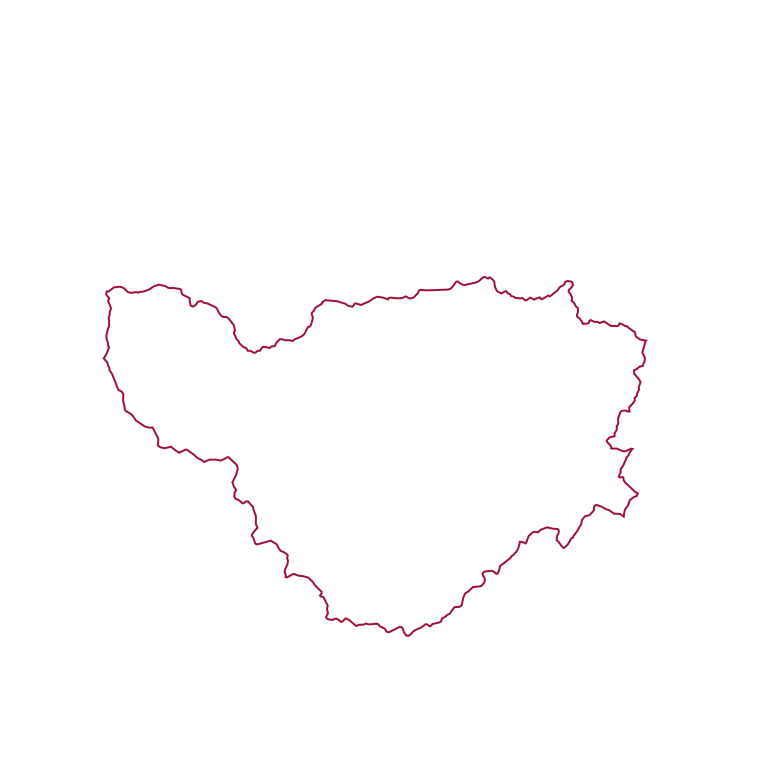 outline of Cajatambo, Lima, Peru, rotated 43°
{"feature_id": "86281439B2149944224824", "entity_name": "Cajatambo", "entity_type": "district", "adm_level": 2, "iso_a3": "PER", "parent_name": "Peru", "parent_adm1": "Lima", "projection": "orthographic", "projection_center": [-77.034, -10.486], "detail": "fine", "context": "isolated", "style": "outline", "palette": "rose", "viewbox_px": 768, "rotation_deg": 43, "n_neighbors": 0, "source": "geoboundaries", "source_scale": "gbopen_adm2", "svg_char_len": 6165}
<svg xmlns="http://www.w3.org/2000/svg" viewBox="0 0 768 768"><g transform="rotate(43 384 384)"><path d="M282.7,381.0L283.1,382.0L286.2,383.6L287.5,385.0L290.1,390.3L290.7,392.3L289.6,394.4L291.7,401.9L291.2,405.8L288.2,412.3L287.8,414.9L284.7,416.7L282.0,419.4L279.2,420.6L277.3,422.1L277.1,427.2L278.2,430.8L276.0,433.5L275.9,435.7L272.4,437.5L270.4,439.0L270.0,440.9L270.5,444.6L269.0,445.9L268.7,448.1L268.0,449.7L263.4,451.0L261.8,452.6L258.8,451.8L255.8,452.9L250.2,452.8L249.0,452.0L245.6,451.7L239.6,449.2L239.0,448.6L238.6,446.5L234.1,443.5L226.5,442.1L223.4,442.3L220.2,444.9L218.2,445.1L214.3,444.3L210.7,442.9L208.7,442.7L199.6,445.6L197.2,447.3L193.7,448.0L191.7,451.0L192.4,454.0L191.7,457.5L189.2,458.5L185.0,455.7L183.4,453.7L176.1,455.9L174.1,455.6L171.4,453.5L169.9,453.7L163.8,457.9L162.5,459.6L160.4,460.9L157.4,461.5L151.4,465.0L150.2,467.7L149.3,468.6L147.8,474.9L145.4,479.9L142.6,483.3L141.7,485.1L140.1,485.8L137.0,489.7L134.3,491.4L128.2,491.4L126.1,492.1L124.3,493.2L120.5,497.6L119.5,504.1L118.2,505.1L118.7,506.9L120.2,508.1L124.6,508.7L125.2,510.6L126.1,511.6L133.0,515.0L133.9,517.7L136.5,521.0L137.5,523.5L139.4,524.8L143.4,529.0L144.7,532.3L148.0,538.1L150.9,540.7L153.6,541.8L156.6,544.5L157.8,544.5L160.2,550.2L161.6,556.4L167.3,557.1L169.6,558.7L172.0,559.5L173.9,561.2L178.3,562.1L193.8,569.5L196.9,568.5L200.0,569.0L204.6,574.2L209.5,577.3L211.9,579.5L213.7,579.8L219.5,578.5L222.8,578.7L227.5,579.9L238.3,578.1L242.1,576.0L244.4,573.7L255.6,577.6L257.2,578.9L260.2,582.9L262.1,583.2L264.9,582.2L267.3,580.6L271.2,575.0L275.0,575.0L281.0,574.0L283.9,567.0L284.9,566.4L293.7,565.3L297.9,565.4L302.8,563.9L305.6,563.8L307.9,558.4L312.4,554.1L316.8,551.4L318.5,547.2L318.9,545.2L320.1,543.6L331.6,543.6L334.7,545.6L335.8,547.5L337.9,551.4L340.1,559.2L344.1,561.4L348.3,562.4L348.7,565.1L351.2,568.4L353.8,569.3L356.5,568.0L361.9,567.7L362.5,567.2L363.2,563.9L364.7,562.6L372.2,563.3L374.2,564.9L380.2,567.8L385.9,573.9L389.6,575.5L389.6,580.9L390.2,584.3L390.7,585.0L393.7,585.8L398.0,588.2L399.5,588.4L400.7,587.7L408.0,575.8L415.0,574.4L419.2,576.0L422.3,576.5L425.5,575.3L429.2,574.8L430.5,575.0L431.7,577.2L434.5,578.9L436.6,582.3L438.2,587.4L439.8,589.4L442.1,590.4L443.8,592.3L445.1,591.4L447.0,585.2L447.8,584.2L451.5,582.9L456.1,579.6L460.8,577.2L466.9,577.4L471.3,578.3L480.2,578.6L481.3,579.9L481.5,582.4L482.8,582.4L484.6,581.4L485.6,581.4L493.9,584.4L495.5,587.2L499.4,589.9L500.5,593.8L501.0,594.4L503.3,594.3L507.3,591.7L508.2,589.0L509.2,588.1L511.5,587.5L514.8,587.3L515.6,586.1L515.7,581.8L516.1,581.5L519.2,580.4L528.4,580.0L529.3,579.2L529.7,577.4L533.3,573.8L533.9,571.8L537.3,569.8L541.9,564.5L543.4,563.7L546.2,564.0L551.5,562.4L554.6,563.3L556.3,562.8L557.1,561.7L561.1,551.0L562.0,550.1L563.7,549.7L568.2,552.1L572.0,552.8L573.6,551.4L574.2,550.0L574.1,545.6L574.7,542.7L577.2,536.9L578.2,531.7L578.5,531.0L579.7,530.5L582.8,530.0L583.2,529.1L583.1,526.6L587.1,520.6L587.8,518.7L586.6,516.7L586.4,515.5L587.7,512.4L587.6,510.2L588.8,506.9L587.7,499.6L588.2,498.5L590.9,495.9L591.6,494.3L591.6,492.7L587.6,486.0L586.2,481.7L587.3,477.6L587.5,471.9L592.5,466.2L593.1,464.4L592.7,461.5L592.2,459.6L590.3,457.5L586.7,456.4L585.3,455.3L585.4,452.7L590.1,447.3L592.0,446.4L595.5,446.2L596.4,444.9L594.8,440.9L593.0,438.2L595.2,424.6L594.6,423.3L595.2,421.3L595.1,415.5L594.2,412.5L592.0,408.2L591.1,407.4L591.0,406.6L594.4,404.5L596.2,404.1L596.2,403.0L593.5,396.6L593.9,391.2L595.0,389.4L597.7,387.4L598.1,383.6L601.1,377.5L606.0,374.8L610.0,371.6L611.4,371.8L612.3,372.5L613.4,374.0L614.2,377.2L616.8,380.5L619.0,380.3L624.3,381.4L626.9,381.5L627.5,381.1L627.9,375.9L626.3,369.2L627.0,367.3L626.3,366.0L625.7,360.3L623.8,352.0L621.5,348.3L621.3,346.5L621.3,343.4L623.8,339.6L623.7,333.8L623.2,332.3L621.7,331.0L621.2,329.8L621.4,328.4L622.2,327.3L626.6,325.4L631.8,324.2L634.3,322.8L640.5,322.0L645.3,318.0L649.8,317.5L646.9,313.5L645.8,310.8L645.2,306.2L643.0,301.4L643.9,296.1L645.2,293.7L644.2,290.9L641.6,291.6L627.6,291.6L624.8,290.9L622.7,289.1L621.7,289.5L620.3,291.5L618.8,291.7L617.2,286.8L616.4,286.5L615.2,284.7L614.4,280.0L611.5,271.8L611.4,269.0L610.5,267.0L610.0,262.0L608.9,262.7L606.3,268.8L604.6,270.2L598.2,272.5L594.7,275.9L593.9,276.1L593.1,275.0L591.3,274.5L586.6,274.2L585.5,273.5L585.3,269.9L586.2,267.7L588.3,264.9L586.4,263.0L585.4,258.7L582.9,255.9L582.4,253.3L578.5,249.3L577.0,245.3L576.1,244.2L576.1,241.7L576.7,240.9L578.7,238.7L581.3,237.7L582.3,236.7L579.2,233.8L579.2,227.7L578.5,224.8L576.9,223.5L576.9,220.0L575.6,218.4L574.3,214.0L572.5,212.7L570.4,207.7L567.1,206.6L560.2,205.9L557.5,203.5L558.6,200.9L559.0,197.4L560.9,194.0L559.8,192.2L559.4,190.2L557.2,187.1L551.4,184.7L546.2,174.6L546.1,173.6L540.6,176.9L535.7,177.5L531.8,174.8L530.5,175.4L522.2,176.2L519.6,177.5L517.0,177.9L515.0,179.1L515.5,181.7L515.2,182.5L510.2,186.8L502.2,188.2L500.1,192.4L497.8,192.9L495.5,195.0L491.4,196.4L491.1,197.6L492.1,199.7L491.4,201.2L488.2,204.5L487.6,203.9L483.0,202.7L479.1,203.0L478.0,202.0L476.8,199.1L474.1,196.3L471.2,196.3L467.3,194.9L464.4,195.1L463.3,193.3L461.8,192.2L459.3,191.1L456.3,190.7L455.0,189.2L455.3,185.5L454.7,182.7L452.3,181.3L451.0,181.5L447.9,183.6L447.0,185.8L447.8,187.3L447.8,189.8L446.5,192.8L447.0,197.4L445.6,206.9L443.7,207.3L442.2,212.9L441.2,214.7L438.9,214.4L436.6,218.5L436.5,219.8L432.0,221.1L431.3,224.6L430.4,226.5L426.3,226.7L425.4,228.4L421.3,231.5L419.7,231.5L417.0,233.0L415.1,232.4L412.3,233.3L410.1,232.7L409.4,233.6L408.2,237.7L404.0,238.9L402.5,238.7L399.0,237.4L395.2,234.2L393.6,233.6L389.2,233.7L388.3,234.3L388.2,235.9L384.6,237.0L383.8,238.3L383.3,243.7L382.3,246.6L375.6,256.5L374.4,257.4L370.7,258.6L368.2,258.6L367.0,259.8L367.8,266.0L367.6,269.2L366.4,271.3L351.9,285.9L346.2,290.6L346.0,292.2L346.9,295.0L346.7,299.9L346.1,301.8L345.0,303.3L343.5,304.4L340.7,304.8L339.8,305.6L338.9,308.3L336.2,311.5L330.2,316.1L328.9,317.8L329.2,319.5L324.8,321.2L319.5,324.8L318.0,328.2L316.9,333.5L313.2,342.0L308.3,344.3L307.8,345.4L308.3,347.3L308.0,349.2L304.3,351.4L301.2,351.6L293.2,355.5L284.0,362.6L283.2,365.4L283.7,368.5L282.1,373.5L281.9,375.7L282.7,377.9L282.7,381.0Z" fill="none" stroke="#9f1239" stroke-width="2"/></g></svg>